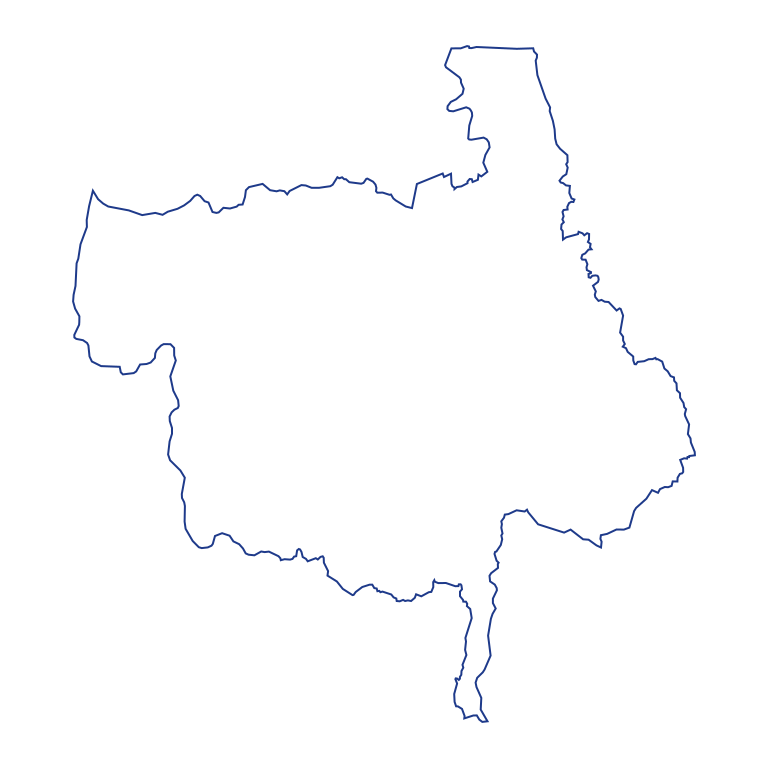 Mueang Chiang Mai, Chiang Mai, Thailand
{"feature_id": "78962969B21056677706601", "entity_name": "Mueang Chiang Mai", "entity_type": "district", "adm_level": 2, "iso_a3": "THA", "parent_name": "Thailand", "parent_adm1": "Chiang Mai", "projection": "robinson", "projection_center": [98.982, 18.787], "detail": "fine", "context": "isolated", "style": "outline", "palette": "blue", "viewbox_px": 768, "rotation_deg": 0, "n_neighbors": 0, "source": "geoboundaries", "source_scale": "gbopen_adm2", "svg_char_len": 6081}
<svg xmlns="http://www.w3.org/2000/svg" viewBox="0 0 768 768"><path d="M487.5,721.3L480.7,709.6L481.3,697.9L476.5,687.1L475.6,682.6L477.2,677.8L482.8,672.3L484.6,669.5L490.6,655.6L488.1,635.6L490.9,618.8L492.6,613.8L495.7,608.5L492.9,603.1L492.9,598.6L496.9,590.3L496.7,588.1L494.8,584.6L490.1,581.4L489.5,575.8L491.1,573.2L498.0,567.9L497.8,564.1L498.6,562.7L496.6,560.7L494.5,553.9L495.1,551.9L496.4,551.5L500.8,545.0L502.2,539.2L501.3,535.5L502.5,533.5L501.3,527.7L501.9,524.1L501.3,521.3L504.0,517.7L504.8,514.6L508.4,514.1L516.6,510.3L524.7,511.5L527.0,509.7L528.2,512.3L538.1,524.3L564.1,532.6L570.6,529.6L583.1,539.3L588.6,539.7L596.5,545.4L601.0,547.5L601.6,541.7L600.4,538.9L600.9,535.2L607.1,533.9L616.5,529.5L623.9,529.6L629.4,527.6L634.1,511.1L636.1,507.9L646.4,498.7L652.0,490.1L658.0,492.8L660.0,489.1L664.8,487.0L668.1,487.2L671.6,485.9L672.7,481.4L677.4,481.5L677.6,477.7L678.8,475.7L679.9,473.9L682.2,473.3L683.2,471.9L683.1,467.8L680.2,459.9L684.1,458.3L687.1,458.6L687.5,457.0L689.1,457.1L689.3,456.0L694.9,455.3L694.7,451.9L690.9,442.5L690.5,438.4L687.9,434.1L689.1,424.4L685.2,416.1L684.8,414.0L686.1,409.2L684.2,407.1L683.5,403.0L680.1,397.7L680.0,393.2L676.9,390.3L676.5,383.4L674.2,380.8L674.0,377.4L670.6,376.1L667.7,371.3L664.4,368.5L662.2,361.6L657.6,359.1L656.3,359.3L655.5,357.9L652.5,359.1L648.7,359.2L644.2,361.2L637.7,361.9L636.0,364.3L634.6,364.1L633.3,360.5L633.2,356.5L627.7,351.9L626.0,348.2L622.8,346.7L624.8,344.0L623.1,340.5L623.1,336.7L620.1,332.6L623.1,315.6L620.7,309.0L619.5,308.4L616.6,310.5L608.6,302.0L604.7,301.7L601.5,299.9L598.5,300.9L595.3,297.1L594.8,294.7L595.8,291.4L593.0,285.7L598.0,281.9L598.7,279.5L598.3,277.1L597.5,275.8L595.5,275.4L592.3,275.8L590.5,277.8L588.7,277.3L588.5,274.0L590.9,273.1L591.0,272.1L586.9,270.1L586.5,267.3L587.4,264.2L585.6,259.7L582.2,259.6L581.3,258.1L582.3,254.8L585.2,253.4L588.5,249.6L591.5,249.3L590.0,247.3L590.6,243.9L587.9,242.0L589.0,239.4L589.1,234.0L587.1,233.2L584.3,235.3L582.5,233.3L578.6,231.8L578.0,234.1L566.2,237.3L563.0,239.6L562.7,231.0L561.1,229.0L561.5,224.5L563.8,222.2L562.4,219.4L563.6,216.3L562.5,212.0L563.6,210.0L567.6,209.5L567.3,206.8L569.0,203.1L571.3,201.8L573.4,202.0L574.4,199.5L571.6,198.5L569.3,193.0L569.9,185.9L566.0,185.4L563.1,183.1L560.7,182.5L559.5,180.7L562.8,176.5L566.3,174.2L567.7,167.6L566.2,164.2L567.6,162.1L567.4,155.2L560.1,148.8L556.6,144.3L555.2,138.6L554.6,129.4L552.9,120.9L549.7,111.1L550.1,107.4L545.6,98.6L537.4,75.1L535.7,60.6L536.9,57.7L537.0,54.6L534.0,51.5L533.2,48.3L516.8,48.8L476.5,47.0L471.5,48.1L469.3,48.0L469.0,46.5L467.1,46.1L460.8,48.3L451.4,48.4L445.1,65.1L446.0,67.3L459.4,77.3L460.9,79.6L461.0,82.6L463.7,88.7L462.5,93.8L456.1,99.3L450.8,101.9L447.6,106.2L447.4,109.1L449.2,110.9L453.3,111.3L466.2,107.3L469.5,108.7L470.8,110.4L471.9,112.5L472.2,115.9L469.3,125.5L468.2,138.5L469.2,139.5L471.5,139.7L483.6,137.6L486.7,139.3L488.8,142.4L489.6,147.4L485.4,154.9L483.3,162.7L487.3,171.8L481.3,176.4L478.5,174.6L477.9,179.8L472.6,182.0L471.8,179.2L469.7,179.0L467.5,181.5L467.5,183.2L461.3,186.4L456.9,187.0L454.5,189.1L454.5,187.6L452.5,186.3L451.5,183.9L451.0,173.7L444.0,177.0L442.7,173.5L416.9,184.0L412.0,208.1L405.7,206.5L395.7,200.4L393.3,198.4L391.0,194.5L389.5,194.8L382.7,192.6L377.3,192.7L376.0,191.2L376.4,187.9L375.5,184.6L373.1,181.7L367.4,178.6L366.3,178.9L363.5,182.9L361.2,183.7L349.3,182.2L345.9,179.2L344.2,179.2L342.1,177.3L339.2,178.3L337.4,177.2L332.7,184.7L330.3,186.2L319.1,187.8L311.6,187.8L305.8,185.5L301.4,185.1L289.6,191.0L287.2,194.4L284.4,191.2L279.8,190.4L276.6,191.3L270.1,190.2L262.6,183.9L249.0,187.1L245.9,190.2L245.0,197.0L242.6,204.5L238.6,204.8L236.7,206.6L230.0,208.5L223.4,207.8L218.7,212.4L216.4,212.9L212.5,212.0L208.5,202.5L204.6,201.2L200.2,196.0L197.3,194.7L194.5,196.0L190.2,200.9L184.1,205.4L177.5,208.8L167.8,211.7L162.6,214.8L155.3,212.9L142.2,215.1L128.8,210.4L108.2,206.5L103.2,203.6L98.1,199.2L92.9,190.7L89.1,206.2L86.7,220.0L86.9,227.0L80.5,244.3L78.3,258.7L76.6,263.3L75.5,286.0L73.6,294.8L73.1,301.5L75.1,308.6L79.4,316.3L79.3,322.1L79.1,324.8L74.3,334.9L74.4,337.5L76.3,338.9L83.0,340.2L87.1,343.0L88.4,345.5L89.5,356.4L91.9,361.5L101.1,366.1L119.7,366.8L120.8,372.3L122.9,374.4L133.7,373.1L136.2,371.4L140.1,364.5L146.6,364.0L150.7,362.5L154.9,357.9L155.3,353.3L156.7,350.0L161.1,345.5L163.7,344.1L170.5,344.2L174.1,347.9L174.2,355.5L175.8,360.5L170.3,376.4L173.3,390.7L178.1,400.2L178.7,406.0L177.8,408.0L174.4,409.7L171.6,412.4L169.6,416.5L169.8,421.1L172.0,428.0L172.0,433.8L169.6,441.4L168.1,454.5L170.1,460.3L180.4,470.5L184.8,477.7L181.8,494.0L182.0,498.0L184.2,502.3L184.9,506.0L184.6,521.6L185.6,528.8L192.7,541.0L198.8,547.2L201.7,548.1L207.8,547.4L211.5,545.7L212.8,543.9L215.0,536.0L222.1,533.2L229.6,535.7L233.4,541.4L239.2,544.2L243.0,548.5L245.7,553.4L248.6,554.7L254.4,555.3L261.2,551.5L264.6,552.1L268.9,551.6L278.5,556.2L280.4,558.3L280.8,560.2L284.6,559.2L290.1,559.6L292.5,558.9L294.1,556.6L296.2,556.2L297.1,550.4L298.8,549.0L300.1,549.5L301.5,552.0L302.7,557.0L306.0,558.9L307.7,561.3L315.8,558.2L317.8,559.5L320.5,556.9L322.7,556.3L323.7,557.8L323.9,562.7L328.1,571.1L327.5,575.6L336.9,581.5L342.8,588.9L352.5,595.1L353.6,594.9L355.7,592.0L362.3,587.0L369.5,584.7L372.3,584.7L374.3,588.1L376.7,588.5L377.4,591.2L379.3,590.9L380.4,592.2L382.5,591.6L391.3,594.5L393.6,597.4L396.3,598.5L396.7,601.0L399.7,601.3L403.1,599.9L405.1,601.0L407.9,600.4L411.1,601.0L414.8,597.8L416.1,594.3L421.3,596.3L428.8,592.2L431.3,591.9L433.3,587.1L433.2,582.1L434.3,580.2L434.8,581.7L438.3,583.1L445.9,583.0L455.3,586.2L458.4,586.1L458.8,584.4L460.6,584.3L461.4,585.3L462.0,589.3L460.0,591.6L460.0,596.2L463.0,599.9L463.3,601.6L466.0,601.7L467.2,603.8L466.9,606.1L470.2,609.0L471.7,618.1L465.4,638.0L466.0,641.5L465.1,649.9L466.4,655.0L462.5,664.8L463.3,667.7L461.5,671.0L461.3,674.8L459.9,676.9L459.9,678.7L458.8,679.9L457.0,678.5L455.7,678.4L455.4,679.2L457.1,683.5L454.2,694.0L454.6,701.9L456.1,706.3L457.9,706.4L462.0,708.9L464.6,716.0L464.3,718.4L473.3,715.5L476.8,715.4L479.3,719.6L482.3,721.9L487.5,721.3Z" fill="none" stroke="#1e3a8a" stroke-width="2"/></svg>